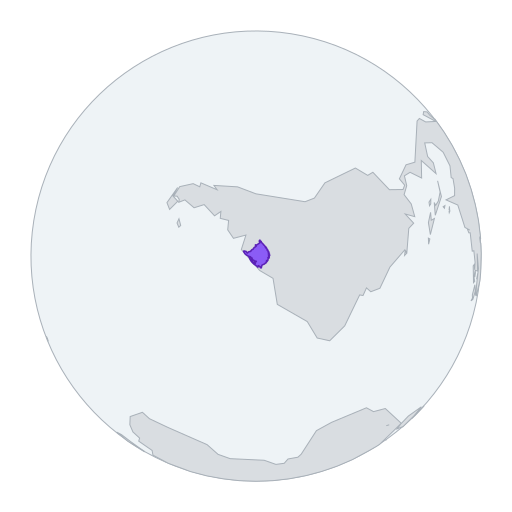 globe centered on Rio Grande do Sul, rotated 102°
{"feature_id": "BRA-612", "entity_name": "Rio Grande do Sul", "entity_type": "State", "adm_level": 1, "iso_a3": "BRA", "parent_name": "Brazil", "parent_adm1": "", "projection": "orthographic", "projection_center": [-52.79, -30.407], "detail": "fine", "context": "on_globe", "style": "filled", "palette": "violet", "viewbox_px": 512, "rotation_deg": 102, "n_neighbors": 0, "source": "natural_earth", "source_scale": "10m", "svg_char_len": 7908}
<svg xmlns="http://www.w3.org/2000/svg" viewBox="0 0 512 512"><g transform="rotate(102 256 256)"><circle cx="256" cy="256" r="225" fill="#eef3f6" stroke="#a8b0b8"/><path d="M190.0,40.6L192.6,39.8L190.0,40.8L191.7,41.0L196.4,39.3L196.8,38.8L206.0,36.4L205.8,36.4L224.2,33.0L225.6,32.8L227.8,32.5L234.2,31.8L236.4,31.9L249.0,32.2L249.0,32.7L237.8,34.3L222.1,35.8L207.6,40.2L224.7,36.1L224.4,38.4L227.7,38.6L232.2,38.1L235.3,36.8L236.9,37.7L220.5,41.5L218.8,40.7L224.0,39.3L216.6,40.4L205.6,44.0L206.3,45.5L188.8,51.3L189.1,52.6L185.5,55.0L186.2,52.3L184.6,57.6L164.2,69.2L161.6,81.8L155.7,74.3L148.4,75.8L139.3,79.4L138.7,81.4L127.5,85.0L115.6,94.5L108.6,107.4L110.3,114.5L123.0,108.8L128.0,101.9L138.0,97.0L128.2,114.2L145.3,110.2L142.1,122.7L146.7,127.5L155.9,123.2L165.2,123.9L172.8,115.0L184.5,108.9L183.9,118.8L191.1,108.6L197.2,112.3L221.0,109.2L219.0,111.7L239.0,122.7L261.8,128.1L267.1,136.3L264.2,141.3L272.4,143.1L272.5,146.5L305.9,154.7L323.6,166.3L323.5,179.1L309.5,192.2L298.9,225.1L274.3,234.7L269.4,249.4L252.7,271.7L237.6,270.2L243.4,281.7L236.3,289.1L226.9,290.2L226.6,298.8L219.7,299.6L225.3,304.9L216.5,317.4L221.7,326.6L215.9,337.2L219.5,342.7L216.5,342.9L213.9,345.6L214.4,348.9L204.0,345.0L198.3,332.5L200.0,325.4L195.9,325.1L199.3,307.8L195.7,311.8L192.2,288.4L195.2,269.0L192.7,219.3L187.2,210.9L170.1,203.8L149.3,177.1L153.9,163.5L149.8,159.1L163.4,139.3L160.4,126.0L155.8,125.3L150.7,131.8L135.6,128.2L131.2,120.1L90.5,126.5L87.5,124.8L89.6,117.9L87.0,108.1L83.0,121.9L79.9,122.0L79.5,118.6L82.3,115.1L85.6,108.9L84.7,109.7L95.5,98.0L107.1,87.0L119.4,76.9L132.4,67.6L146.1,59.4L160.3,52.1L174.9,45.8L190.0,40.6ZM159.3,87.0L178.9,89.1L166.6,92.8L169.1,90.8L164.4,89.1L155.2,89.2L144.7,94.0L159.3,87.0ZM170.8,76.7L167.2,77.1L170.9,76.1L170.8,76.7ZM222.3,354.2L205.3,346.9L214.5,349.8L218.7,343.9L228.4,350.2L222.3,354.2ZM235.6,339.1L241.8,336.0L243.9,337.5L240.1,340.1L235.6,339.1ZM417.8,99.3L423.0,105.1L435.0,119.2L444.6,132.8L453.1,147.0L460.6,161.8L467.0,177.1L472.3,192.9L476.3,209.0L479.2,225.4L480.8,241.9L481.3,258.5L480.5,275.1L480.4,275.8L477.0,298.7L472.2,315.4L467.8,317.2L461.5,332.2L458.3,332.0L453.7,339.8L447.3,344.3L439.2,345.7L432.5,334.6L437.3,326.4L442.0,306.5L450.7,264.6L457.9,251.9L459.6,239.1L454.1,205.5L455.7,193.2L452.9,185.3L447.9,182.5L444.1,173.2L440.5,170.6L414.3,160.6L403.0,147.5L381.5,116.4L383.8,108.7L378.3,97.8L389.4,79.2L398.3,85.0L414.6,96.0L417.7,99.1L417.8,99.3ZM392.9,77.1L392.2,76.6L395.7,82.0L390.3,79.5L380.9,73.7L369.1,62.9L382.6,69.8L378.6,67.0L367.7,60.4L392.9,77.1ZM393.4,90.6L394.9,93.3L393.4,90.6ZM221.8,109.1L224.6,110.8L220.7,111.1L221.8,109.1ZM164.2,96.8L168.7,95.9L170.8,96.7L167.3,98.0L164.2,96.8ZM203.2,89.5L208.6,89.6L202.7,91.1L203.2,89.5ZM182.2,89.3L198.8,89.9L187.5,94.3L177.0,94.3L184.6,92.0L182.2,89.3ZM167.4,81.7L170.1,81.6L168.9,83.2L167.4,81.7ZM173.4,76.0L172.3,76.4L171.2,75.6L173.4,76.0ZM225.4,38.2L226.8,37.9L231.1,37.6L228.6,38.3L225.4,38.2ZM253.4,34.9L255.2,36.4L252.2,35.5L249.0,36.3L238.6,35.9L248.5,33.0L245.8,34.2L253.4,34.9ZM227.4,35.3L232.9,35.4L226.5,35.5L227.4,35.3ZM409.4,91.0L409.1,90.7L408.5,90.2L409.4,91.0ZM382.7,441.4L378.1,444.4L380.0,442.9L382.7,441.4ZM464.0,342.5L457.2,355.7L458.7,350.4L463.6,340.1L470.6,324.1L470.6,324.7L464.0,342.5Z" fill="#d9dde1" stroke="#a8b0b8" stroke-width="1"/><path d="M240.0,255.8L239.8,255.7L239.7,255.5L239.8,255.4L240.0,255.3L240.3,254.9L240.6,254.6L240.6,254.1L240.9,253.8L241.3,253.8L241.6,253.4L241.7,253.1L242.2,252.6L242.4,252.2L242.6,252.0L242.8,251.7L242.9,251.3L243.1,251.1L243.5,250.9L243.6,250.5L243.8,250.3L243.9,250.2L244.0,249.8L244.3,249.6L244.6,249.3L244.8,249.1L244.9,248.6L245.2,248.5L245.2,248.2L245.4,248.0L245.8,248.1L245.9,248.3L246.0,248.2L246.1,247.9L245.7,247.7L246.0,247.4L246.2,247.1L246.3,247.1L246.6,247.0L246.8,247.0L247.0,246.7L247.2,246.3L247.4,246.3L247.7,246.1L247.9,246.2L248.0,246.0L248.0,245.7L248.4,245.8L248.6,245.6L248.7,245.1L248.8,245.1L248.9,244.8L249.0,244.7L249.0,244.8L249.4,244.8L249.5,244.6L249.7,244.4L249.9,244.6L250.2,244.5L250.2,244.3L250.4,244.3L250.5,244.4L250.6,244.2L250.7,244.3L250.8,244.3L250.9,244.2L251.0,244.1L251.2,243.6L251.5,243.8L251.8,243.4L251.9,243.2L252.1,243.3L252.2,243.1L252.3,243.3L252.5,243.2L252.6,243.3L252.9,243.2L253.0,243.3L253.0,243.5L253.2,243.3L253.5,243.4L253.5,243.1L253.9,243.1L254.0,242.9L254.3,243.0L254.2,243.4L254.3,243.4L254.5,243.2L254.6,243.3L254.7,243.1L254.8,243.2L255.0,243.2L255.2,242.9L255.3,243.0L255.2,243.1L255.3,243.2L255.3,243.4L255.3,243.5L255.5,243.3L255.7,243.2L255.8,243.3L256.2,243.6L256.3,243.5L256.6,243.6L256.9,243.5L257.1,243.6L257.3,243.7L257.6,243.7L257.7,243.8L257.7,243.6L257.9,243.6L258.0,243.9L258.1,243.7L258.2,243.8L258.4,243.8L258.7,243.9L258.7,244.0L258.9,244.1L258.7,244.2L259.0,244.4L258.9,244.4L259.1,244.4L259.1,244.6L259.3,244.6L259.5,244.7L259.9,244.5L260.0,244.6L260.3,244.7L260.3,244.8L260.6,244.8L260.7,245.0L260.8,245.1L261.0,245.1L261.1,245.3L261.2,245.5L261.4,245.7L261.6,245.7L261.9,245.9L262.2,246.3L262.4,246.4L262.6,246.7L262.6,246.9L262.7,247.0L262.8,247.1L263.1,247.5L263.5,248.1L263.8,248.2L264.0,248.2L264.1,248.3L264.4,248.3L264.5,248.4L264.9,248.4L265.1,248.5L265.2,248.4L265.3,248.5L265.5,248.5L265.7,248.4L265.9,248.5L266.1,248.4L266.2,248.6L266.3,248.6L266.5,248.5L266.6,248.8L266.6,249.1L266.4,249.1L266.1,249.4L266.0,249.5L265.9,249.5L265.8,249.8L265.7,249.9L265.8,250.4L265.7,250.7L265.6,250.8L265.6,251.0L265.4,251.0L265.3,250.9L265.2,251.2L265.0,251.3L265.0,251.7L265.4,252.0L265.4,251.9L265.2,251.6L265.7,251.4L266.0,251.5L266.4,251.8L266.5,251.9L266.2,252.3L265.8,253.1L265.5,253.6L265.4,253.8L264.4,256.3L263.4,257.9L263.0,258.6L262.6,258.9L262.4,259.2L261.9,259.9L261.5,260.3L260.1,261.4L259.1,262.0L258.4,262.9L258.5,262.4L258.4,262.2L258.6,262.1L258.3,261.7L258.5,261.5L258.9,261.8L259.2,261.7L259.3,261.6L259.2,261.5L259.6,261.5L259.8,261.4L260.3,260.8L260.3,260.6L260.5,260.8L260.4,260.5L260.6,260.3L260.9,260.4L261.2,260.2L261.4,259.8L261.5,259.5L261.5,259.2L261.4,259.0L261.5,258.7L262.0,258.6L262.0,258.9L262.2,258.7L262.2,258.1L262.3,258.0L262.7,257.7L262.9,257.7L263.0,257.6L263.1,257.3L263.1,257.0L263.1,256.3L263.0,255.9L263.3,256.0L263.4,256.4L263.5,256.2L263.6,255.7L263.4,255.2L263.2,255.3L263.3,255.5L263.2,255.6L262.8,255.6L262.4,255.7L262.3,255.9L262.4,256.2L262.0,255.9L261.9,255.8L262.0,255.6L261.9,255.5L261.9,255.4L261.7,255.4L261.5,255.2L261.3,255.2L261.2,254.9L261.3,254.6L261.2,254.6L261.1,254.8L261.0,255.0L261.0,255.3L261.1,255.5L261.3,255.7L261.4,255.9L261.8,255.8L261.7,256.0L261.4,256.0L261.2,256.3L261.1,256.9L261.1,257.5L261.1,257.4L261.0,257.0L260.8,257.0L260.8,257.5L260.8,257.9L260.5,257.9L260.4,258.2L260.4,258.6L260.5,258.7L259.9,258.9L259.8,259.2L259.9,259.4L259.3,259.4L259.1,259.6L258.9,259.5L258.8,259.8L258.7,259.9L258.6,260.5L258.6,260.9L258.5,260.6L258.4,260.5L258.5,260.7L258.5,260.8L258.4,261.0L257.9,261.2L257.9,261.5L257.9,261.8L258.2,262.0L257.8,262.1L257.8,262.5L258.1,262.5L258.2,262.4L258.4,262.4L258.1,262.7L258.1,262.8L258.2,262.7L258.3,262.5L258.3,262.8L258.2,263.0L257.8,263.4L257.4,264.2L257.1,265.4L256.5,266.7L255.9,267.5L254.4,268.9L254.1,269.1L253.8,268.9L253.6,268.9L253.5,268.7L253.6,267.7L253.5,266.9L253.6,266.6L254.2,266.1L254.3,265.8L254.9,265.2L254.6,264.8L253.9,264.5L253.4,264.0L253.2,263.7L253.1,263.3L252.9,262.9L252.8,262.5L252.4,262.4L252.3,262.1L251.9,262.0L251.8,261.8L251.7,261.8L251.0,261.6L250.4,261.0L250.3,260.6L250.1,260.4L249.9,260.2L249.1,260.1L248.7,259.7L248.3,259.7L247.8,259.4L247.6,259.0L247.4,258.9L247.3,258.6L246.5,257.9L246.4,257.9L246.3,258.2L246.1,258.2L246.0,258.5L245.7,258.8L245.2,258.8L245.1,258.2L245.2,257.9L245.1,257.7L244.9,257.5L244.4,256.9L243.8,256.5L243.7,256.3L243.3,256.0L243.2,255.8L243.0,255.7L242.9,255.5L242.5,255.3L242.3,255.0L241.4,255.1L241.3,255.3L241.2,255.6L241.0,255.8L240.9,255.9L240.7,255.9L240.4,255.9L240.2,255.8L240.0,255.8Z" fill="#8b5cf6" stroke="#5b21b6" stroke-width="1.5"/></g></svg>